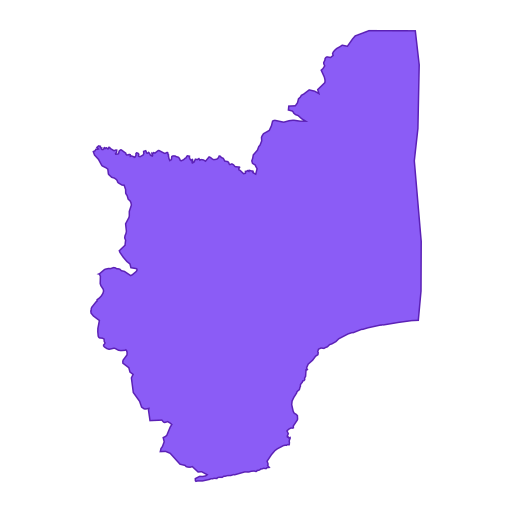 outline of Shama, Western, Ghana
{"feature_id": "2480657B99130964172058", "entity_name": "Shama", "entity_type": "district", "adm_level": 2, "iso_a3": "GHA", "parent_name": "Ghana", "parent_adm1": "Western", "projection": "orthographic", "projection_center": [-1.669, 5.06], "detail": "fine", "context": "isolated", "style": "filled", "palette": "violet", "viewbox_px": 512, "rotation_deg": 0, "n_neighbors": 0, "source": "geoboundaries", "source_scale": "gbopen_adm2", "svg_char_len": 6068}
<svg xmlns="http://www.w3.org/2000/svg" viewBox="0 0 512 512"><path d="M415.3,30.8L368.9,30.7L355.2,35.9L352.6,38.9L347.4,46.3L342.2,45.2L340.0,46.7L336.7,48.5L335.0,50.0L333.5,51.7L332.6,53.5L333.1,55.5L330.6,57.5L327.0,56.9L325.9,57.5L325.1,58.5L324.9,60.1L323.7,62.6L323.8,63.8L324.7,65.9L322.9,68.7L321.2,70.2L324.3,77.0L325.0,79.9L325.0,81.6L324.8,82.7L317.7,89.6L318.9,93.6L314.7,91.2L309.2,89.9L303.7,94.1L301.4,95.3L300.3,97.2L298.5,98.8L297.5,102.8L295.3,105.8L288.8,106.1L288.4,110.0L292.2,111.0L293.2,112.0L293.8,113.2L295.5,114.6L298.2,115.6L301.6,118.7L305.7,121.2L300.3,121.2L294.2,120.3L292.7,120.3L289.2,120.7L283.7,122.2L275.2,120.4L274.2,120.4L272.6,121.1L271.5,125.6L269.3,130.4L263.5,133.7L262.1,135.9L261.5,137.3L261.7,140.9L260.0,145.2L258.8,146.5L257.4,150.2L253.3,154.9L252.7,158.3L251.8,160.9L252.5,163.3L255.4,165.2L255.7,166.3L257.1,168.7L255.7,174.2L252.9,172.6L253.2,171.9L252.8,171.0L252.0,171.1L249.2,170.3L248.9,171.4L247.6,170.6L246.8,171.2L245.4,171.4L245.6,172.8L245.3,173.3L243.6,173.7L240.2,170.5L239.0,169.9L238.7,168.6L239.6,167.5L239.5,167.1L235.4,166.7L234.8,166.4L233.5,164.8L231.9,163.9L229.9,164.6L229.1,163.9L228.8,162.8L227.8,161.6L224.8,161.1L223.3,158.4L221.4,157.5L220.2,156.2L219.2,156.0L218.4,157.8L216.8,159.2L214.4,159.6L213.4,159.6L212.3,159.0L210.5,157.5L209.1,156.9L205.5,161.2L203.6,160.0L201.6,159.6L200.7,159.7L199.9,160.2L198.9,158.6L197.3,159.6L195.4,159.2L194.1,162.0L192.5,163.0L192.2,162.9L192.1,162.6L192.7,161.9L192.6,159.8L192.3,159.4L191.9,159.6L191.3,160.7L190.2,159.4L189.4,157.5L189.5,156.2L187.4,155.8L186.8,156.3L186.0,157.9L185.2,158.2L183.6,159.7L181.2,160.8L180.3,160.4L179.4,158.4L178.5,157.3L175.6,156.4L175.2,156.0L173.0,155.9L171.8,156.5L171.4,159.6L169.8,160.6L168.8,158.1L168.7,156.8L168.3,156.0L168.6,155.0L168.1,154.5L167.7,152.7L167.1,152.4L165.3,153.3L164.4,153.3L159.2,150.6L158.3,150.5L154.9,153.1L153.7,152.6L153.0,153.6L152.0,153.0L151.9,153.9L152.6,155.6L152.3,156.1L150.5,155.3L149.5,153.3L148.6,152.4L147.8,153.2L146.9,153.2L145.7,150.7L143.6,151.4L143.8,153.7L143.0,155.1L140.1,156.7L138.8,156.4L138.5,156.0L138.8,154.2L137.9,153.2L136.6,152.8L135.9,153.6L136.0,155.2L135.3,156.7L134.7,157.4L134.2,157.4L133.9,156.7L132.5,156.4L131.7,155.9L130.3,156.4L130.2,154.7L129.1,154.4L128.2,154.9L126.5,154.9L126.0,154.2L125.8,153.2L121.3,149.9L120.5,149.9L119.2,151.0L118.5,153.7L117.5,154.1L115.7,154.2L115.5,153.6L116.6,152.2L116.7,150.1L115.5,150.1L114.0,150.7L110.5,148.6L109.6,147.4L108.9,147.3L108.3,148.7L108.0,148.9L107.4,148.7L106.6,147.8L105.8,148.0L105.2,148.5L104.6,147.6L104.1,147.8L103.8,148.9L103.2,149.5L102.2,149.6L101.5,149.2L101.7,147.9L100.6,147.8L100.4,147.5L100.4,146.3L98.6,145.9L96.9,147.4L98.5,149.0L97.8,149.3L96.0,149.2L95.0,150.8L93.3,151.6L94.5,155.0L98.5,159.4L101.7,165.3L102.2,165.9L106.2,167.9L107.8,169.1L108.4,174.0L108.8,174.6L111.7,177.3L114.4,178.1L116.3,179.5L117.2,180.6L117.6,182.0L118.4,182.9L122.1,185.1L124.1,185.2L125.6,189.5L125.7,193.2L126.5,194.8L127.0,195.2L128.2,199.2L130.0,200.8L130.9,202.5L131.4,205.0L129.3,211.4L129.3,215.9L129.0,217.4L125.6,223.8L126.4,231.3L126.0,233.4L125.0,235.8L124.7,237.9L125.6,240.2L125.0,245.3L119.3,250.7L120.0,252.5L123.3,257.3L126.9,261.5L130.0,264.0L130.9,267.7L136.2,268.6L137.0,269.2L136.9,270.5L136.1,271.6L132.4,274.7L130.7,275.6L124.4,271.4L121.4,270.7L119.9,269.3L118.8,268.9L116.7,268.7L115.1,267.8L113.5,267.6L110.7,268.6L108.4,268.5L105.3,269.2L104.4,269.6L99.7,273.6L98.8,274.0L99.5,274.2L100.4,276.3L100.2,283.6L100.9,285.7L103.2,289.2L103.6,291.0L102.9,293.4L101.3,296.0L99.5,297.9L97.1,299.7L96.9,301.3L96.1,301.8L91.8,307.2L91.3,308.4L91.1,310.6L90.8,310.9L91.1,313.2L93.4,316.0L99.4,320.5L97.9,328.3L97.8,331.6L98.2,336.1L98.7,337.2L99.5,337.9L102.5,338.2L104.1,339.1L104.2,341.4L105.0,342.9L104.8,343.6L103.6,345.0L103.6,345.9L104.5,347.0L106.9,348.6L109.1,349.3L114.1,348.2L115.2,348.5L118.4,350.2L120.8,350.6L125.0,350.3L125.8,349.8L126.6,350.6L127.1,352.5L127.0,354.9L123.2,360.0L122.8,361.3L122.9,363.2L128.8,367.7L130.0,372.1L133.1,374.4L131.4,377.9L133.3,392.5L139.6,401.3L141.6,407.1L144.2,408.9L145.8,409.0L148.9,408.4L148.5,410.1L150.0,420.6L161.8,420.1L163.6,422.1L164.7,422.5L167.7,421.6L170.2,423.1L171.8,424.5L170.2,427.1L166.8,435.3L165.4,436.5L163.2,437.6L164.2,441.8L162.4,446.6L161.0,448.5L160.3,451.6L165.6,451.4L170.2,453.3L180.0,464.2L185.0,465.4L186.2,466.6L188.1,467.1L190.2,467.2L192.3,466.6L198.1,472.0L201.6,471.7L207.2,474.7L205.7,475.9L202.6,476.5L199.6,476.4L195.3,478.6L195.4,480.7L195.9,481.3L197.8,480.9L202.6,480.9L209.5,479.4L211.0,478.7L212.5,478.8L214.1,478.3L216.9,478.5L217.4,477.7L219.0,477.3L222.2,477.3L223.9,476.2L224.9,476.3L227.4,475.6L230.8,475.5L233.4,474.6L234.6,474.8L244.8,471.9L248.8,472.0L251.1,471.3L254.1,471.0L256.0,471.5L256.7,471.2L257.2,470.4L258.5,470.3L259.7,469.9L260.7,469.0L261.6,469.0L263.7,468.3L266.1,468.6L266.9,467.7L269.2,467.4L267.6,465.3L268.1,464.1L267.1,461.2L271.4,454.7L275.0,450.5L277.5,448.7L283.4,445.6L285.3,445.2L286.5,445.3L287.4,444.6L289.1,444.8L289.3,444.3L289.4,442.2L289.2,441.6L289.4,440.0L290.1,438.5L290.1,437.5L288.7,437.9L288.3,437.0L287.8,437.2L287.4,437.0L287.3,436.0L288.3,433.7L287.0,431.0L287.1,430.7L288.9,429.1L290.9,428.0L292.7,428.1L293.4,427.8L293.3,426.0L297.2,420.2L297.6,419.1L297.4,415.6L296.0,414.2L295.0,413.7L293.9,412.8L293.1,411.0L291.7,404.6L292.1,401.0L293.8,397.4L296.6,393.0L296.7,392.2L298.0,390.7L299.1,389.9L299.6,388.9L299.8,387.6L300.4,386.4L300.4,384.8L301.2,383.5L302.2,382.4L302.7,381.0L303.8,380.7L304.7,379.7L304.6,378.0L305.6,376.3L306.0,369.9L306.8,370.0L307.4,369.4L306.7,368.7L306.7,367.5L308.2,364.1L312.6,360.2L315.6,356.2L317.9,354.7L318.2,352.6L317.7,351.6L318.5,349.2L321.0,348.0L323.9,348.4L325.5,347.5L327.4,346.8L329.6,344.6L331.8,343.9L335.9,341.6L338.7,338.8L348.1,333.9L352.0,332.6L353.1,332.7L361.4,329.4L362.9,329.3L367.9,327.8L380.7,325.0L381.0,325.2L382.1,324.8L383.6,324.9L398.5,322.4L411.6,320.6L418.3,320.3L421.0,291.0L421.2,241.5L414.3,160.8L417.9,128.5L419.2,64.9L415.3,30.8Z" fill="#8b5cf6" stroke="#5b21b6" stroke-width="1.5"/></svg>